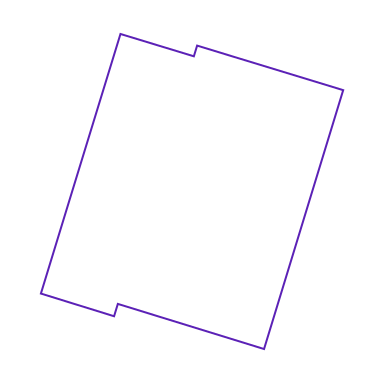 outline of Wells, North Dakota, United States of America, rotated 287°
{"feature_id": "52423323B624254264664", "entity_name": "Wells", "entity_type": "district", "adm_level": 2, "iso_a3": "USA", "parent_name": "United States of America", "parent_adm1": "North Dakota", "projection": "robinson", "projection_center": [-99.663, 47.587], "detail": "fine", "context": "isolated", "style": "outline", "palette": "violet", "viewbox_px": 384, "rotation_deg": 287, "n_neighbors": 0, "source": "geoboundaries", "source_scale": "gbopen_adm2", "svg_char_len": 301}
<svg xmlns="http://www.w3.org/2000/svg" viewBox="0 0 384 384"><g transform="rotate(287 192 192)"><path d="M50.7,77.2L50.4,153.8L63.3,153.8L62.9,306.8L257.9,306.8L333.6,306.8L333.5,191.8L333.5,154.1L322.3,154.1L322.2,77.4L141.1,77.2L50.7,77.2Z" fill="none" stroke="#5b21b6" stroke-width="2"/></g></svg>